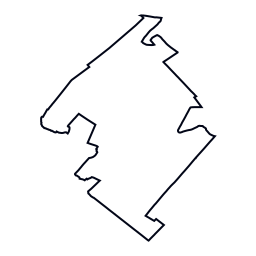 Tamadau Mare, Calarasi, Romania (Natural Earth projection)
{"feature_id": "2599482B39728516719627", "entity_name": "Tamadau Mare", "entity_type": "district", "adm_level": 2, "iso_a3": "ROU", "parent_name": "Romania", "parent_adm1": "Calarasi", "projection": "natural_earth1", "projection_center": [26.573, 44.474], "detail": "fine", "context": "isolated", "style": "outline", "palette": "ink", "viewbox_px": 256, "rotation_deg": 0, "n_neighbors": 0, "source": "geoboundaries", "source_scale": "gbopen_adm2", "svg_char_len": 5280}
<svg xmlns="http://www.w3.org/2000/svg" viewBox="0 0 256 256"><path d="M158.3,35.6L158.1,35.6L157.7,35.3L157.4,35.1L157.2,35.1L156.8,35.2L154.0,36.7L152.5,37.6L152.3,37.7L150.9,39.6L150.6,40.0L150.6,40.5L151.3,41.2L154.3,44.7L153.7,44.9L151.7,45.1L146.8,44.8L146.2,44.6L145.7,44.4L143.2,43.1L142.4,42.2L142.2,41.9L141.8,41.7L142.0,41.3L143.1,39.5L143.9,38.1L144.8,36.9L146.0,35.7L148.6,32.4L150.1,30.7L151.8,29.3L153.3,28.2L157.5,24.4L158.4,23.2L159.0,22.5L160.4,21.3L160.8,20.4L161.1,19.1L161.5,17.9L158.0,17.5L156.1,17.3L155.4,17.4L154.3,17.3L153.4,17.1L151.2,16.7L150.1,16.5L145.9,15.8L143.4,15.5L141.1,15.4L140.8,15.5L141.1,15.6L141.6,16.0L141.9,16.4L142.5,17.0L143.4,18.0L142.3,19.1L138.3,22.9L135.7,25.4L130.1,30.2L109.5,47.9L100.1,55.3L92.0,61.6L88.0,64.6L87.6,64.9L89.3,67.0L84.4,70.6L71.8,79.9L70.5,81.3L67.7,84.9L65.9,87.2L60.2,94.4L55.8,99.9L55.0,100.9L53.9,102.2L53.7,102.5L52.7,103.6L52.4,104.0L51.8,104.7L51.6,105.1L51.2,105.5L50.5,106.4L50.1,106.8L48.9,108.3L48.6,108.9L47.9,109.6L47.3,109.4L46.6,110.5L45.6,112.4L44.1,114.9L43.5,116.0L43.1,116.8L42.1,116.7L41.9,116.9L41.6,117.1L41.5,117.3L41.3,117.5L41.2,117.8L41.2,118.0L41.3,118.1L41.3,118.3L41.2,118.5L41.1,118.8L41.1,119.0L41.1,119.6L41.1,120.0L41.1,120.3L41.2,120.7L41.2,121.0L41.1,121.5L41.2,121.8L41.2,122.0L41.3,122.4L41.4,122.5L41.5,122.6L41.5,122.8L41.5,123.0L41.3,123.3L41.3,123.5L41.2,124.0L41.3,124.3L41.4,124.5L41.6,124.7L41.7,125.0L41.8,125.1L41.9,125.3L42.1,125.8L42.1,126.0L42.4,126.3L42.5,126.4L42.6,126.5L42.8,126.7L43.1,126.9L43.4,127.2L43.8,127.5L44.0,127.8L44.3,127.9L44.4,128.1L44.5,128.1L44.8,128.1L45.0,128.1L45.3,128.3L45.7,128.4L45.8,128.5L46.0,128.6L46.3,128.7L46.5,128.7L46.6,128.8L47.0,129.0L47.3,129.1L47.6,129.1L47.9,129.2L48.2,129.4L48.4,129.6L48.8,129.7L49.1,129.8L49.3,129.8L49.6,129.9L49.8,130.0L50.1,130.0L50.3,130.2L50.6,130.4L51.0,130.5L51.1,130.8L51.4,130.9L51.5,130.9L51.8,130.8L52.0,130.8L52.4,131.1L52.5,131.2L52.8,131.3L53.3,131.5L53.7,131.8L54.2,132.1L54.9,132.3L55.2,132.4L55.8,132.4L56.1,132.3L56.6,131.5L58.8,132.6L61.5,133.0L62.2,133.0L63.1,132.9L64.4,132.5L65.3,132.3L65.9,132.3L66.1,132.3L66.5,132.6L67.3,133.2L67.7,133.5L68.6,132.0L68.8,131.7L68.9,131.3L69.1,130.7L69.3,129.9L69.5,129.0L69.5,128.3L69.5,128.0L69.5,127.4L69.3,127.1L68.9,126.9L68.3,126.7L67.9,126.4L67.8,126.2L68.3,125.4L72.4,120.8L73.7,119.3L75.1,117.9L76.0,116.9L76.7,116.1L77.2,115.5L77.5,115.2L78.8,113.8L82.0,116.0L87.7,119.8L95.4,124.7L87.6,142.9L90.1,143.8L95.7,145.6L96.4,145.9L97.1,146.2L97.7,146.7L97.4,147.3L97.2,147.7L96.6,148.4L96.3,148.9L96.5,149.0L96.8,149.5L96.6,150.3L96.5,150.7L96.5,150.9L96.5,151.1L97.1,151.7L97.3,152.3L95.7,154.8L95.1,155.5L94.2,156.2L93.6,156.6L92.8,157.1L91.0,157.7L90.0,157.9L89.1,158.0L87.0,160.3L86.1,161.3L85.3,162.2L83.8,163.8L83.2,164.5L82.1,165.8L81.0,167.2L80.2,168.1L78.9,169.7L78.4,170.3L75.2,173.6L75.0,173.9L75.0,174.1L75.0,174.3L75.2,174.6L75.8,175.4L76.6,175.5L78.1,176.5L78.7,176.8L79.3,177.4L79.5,177.7L79.5,177.8L79.6,178.0L79.6,178.7L80.0,178.8L81.4,179.1L82.5,179.3L83.6,179.7L84.7,180.3L85.4,179.6L86.7,178.7L87.2,179.3L87.3,179.4L88.0,179.0L88.7,178.7L89.3,178.4L89.5,178.3L90.1,178.1L90.6,177.9L90.9,177.7L91.3,177.5L91.8,177.1L92.4,177.3L93.2,177.5L94.0,177.8L96.0,178.8L99.8,180.6L98.7,181.6L95.6,184.6L91.3,188.7L88.1,191.4L88.2,192.2L88.2,192.3L88.3,192.6L88.3,193.3L88.4,193.5L88.7,193.7L89.4,194.4L89.6,194.6L91.0,196.2L91.8,196.7L92.7,197.3L93.5,197.7L93.7,197.8L93.8,197.8L102.9,204.9L106.0,207.3L109.1,209.8L115.9,215.1L133.4,228.8L141.6,235.2L144.0,237.1L147.9,240.2L148.6,240.6L149.2,240.0L149.4,239.8L150.2,238.9L154.4,234.7L155.1,233.9L155.5,233.5L156.3,232.7L161.5,227.4L163.9,225.0L156.1,219.0L154.2,220.9L145.6,215.8L150.0,210.2L150.6,209.5L151.8,208.1L154.6,204.7L155.7,203.6L162.9,195.0L164.2,193.5L165.2,192.4L166.4,191.1L167.1,190.2L168.3,188.8L169.5,187.5L170.8,186.0L172.6,184.2L174.5,182.4L177.6,178.9L182.3,173.4L184.3,171.2L189.0,165.8L192.4,161.7L195.9,157.6L196.0,157.7L196.3,157.2L198.4,154.8L201.3,151.6L204.0,148.6L208.0,144.0L210.1,141.6L211.6,140.0L214.9,136.2L213.5,135.9L212.2,135.3L210.5,134.5L209.7,134.0L209.3,133.6L207.5,131.5L206.5,130.4L206.2,130.0L206.1,129.8L206.0,129.6L206.0,129.1L206.0,128.9L205.6,128.2L205.4,128.1L204.9,127.8L204.6,127.5L203.4,126.9L203.2,126.5L202.9,126.2L202.4,126.0L201.0,126.0L199.5,125.8L198.4,126.0L197.5,126.7L196.8,127.1L195.9,127.5L194.0,128.4L193.4,128.7L192.8,129.0L192.1,129.3L191.3,129.6L190.9,129.7L190.1,129.9L189.2,130.0L186.9,130.5L184.7,131.1L183.0,131.6L181.9,132.1L180.6,132.5L179.9,132.6L179.0,132.4L178.3,131.8L178.0,131.0L178.0,130.3L178.1,130.0L180.1,126.3L181.1,124.7L181.5,123.8L182.2,122.4L182.6,121.7L183.8,119.6L185.6,116.3L186.3,114.9L187.3,113.1L188.4,111.1L189.2,109.5L190.1,108.0L190.4,107.6L190.5,107.5L190.7,107.4L192.4,107.2L196.3,107.1L201.5,107.1L201.0,106.4L196.1,99.8L194.3,97.4L196.2,96.3L196.0,96.1L195.1,95.3L194.1,94.1L192.1,92.1L191.2,91.3L190.1,90.1L186.3,86.0L183.6,83.1L179.4,78.7L178.5,77.7L176.3,75.5L175.4,74.5L172.8,71.8L170.5,69.4L167.6,66.3L164.4,63.1L163.7,62.3L163.4,62.0L163.5,61.9L167.6,59.2L173.1,55.5L177.6,52.5L177.6,52.2L175.8,51.0L170.8,47.4L167.8,45.0L166.2,43.5L164.6,41.6L162.2,39.1L161.6,38.2L161.0,37.6L160.6,37.1L159.4,36.3L158.9,35.9L158.3,35.6Z" fill="none" stroke="#020617" stroke-width="2"/></svg>